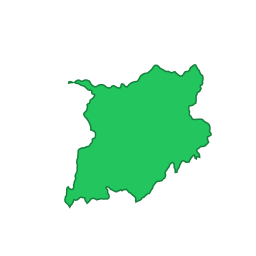 the district of Açucena, Minas Gerais, Brazil, rotated 151°
{"feature_id": "56859067B35065723034456", "entity_name": "Açucena", "entity_type": "district", "adm_level": 2, "iso_a3": "BRA", "parent_name": "Brazil", "parent_adm1": "Minas Gerais", "projection": "robinson", "projection_center": [-42.437, -19.076], "detail": "fine", "context": "isolated", "style": "filled", "palette": "green", "viewbox_px": 256, "rotation_deg": 151, "n_neighbors": 0, "source": "geoboundaries", "source_scale": "gbopen_adm2", "svg_char_len": 4721}
<svg xmlns="http://www.w3.org/2000/svg" viewBox="0 0 256 256"><g transform="rotate(151 128 128)"><path d="M156.9,59.4L155.6,59.5L154.0,59.2L152.3,59.0L150.9,59.3L149.2,60.1L147.6,59.7L146.2,60.2L144.8,60.5L142.6,61.0L141.1,60.4L139.4,61.4L137.9,62.4L136.7,62.9L135.5,63.6L134.7,64.6L133.7,65.2L132.2,66.0L130.3,66.7L128.6,67.2L126.8,66.4L125.3,66.0L124.1,65.6L122.9,65.9L121.7,66.4L120.0,66.5L118.6,67.9L117.7,69.0L117.3,70.7L116.0,71.9L114.4,72.5L113.0,73.4L111.2,74.0L109.9,75.2L108.5,76.1L106.9,76.4L105.8,76.2L105.1,74.9L105.6,73.3L106.1,72.1L106.8,71.0L106.8,69.2L107.4,67.8L108.2,66.2L106.6,65.7L105.5,67.1L104.2,67.9L102.6,68.7L101.5,69.8L100.2,70.7L99.1,71.5L97.8,72.4L96.4,73.0L95.0,72.0L94.0,70.1L92.3,69.1L90.8,68.7L89.5,70.0L87.9,70.8L86.7,71.5L85.5,71.8L84.5,72.2L83.3,72.4L83.1,70.8L84.0,69.5L83.3,67.9L82.0,69.3L80.7,69.0L79.6,67.6L78.7,69.2L78.4,71.1L79.0,73.0L79.0,74.8L77.9,76.0L76.2,75.9L74.9,76.2L73.5,76.6L71.6,75.6L69.7,75.0L67.8,75.4L65.9,75.9L64.3,76.6L64.3,78.1L63.7,80.0L62.9,81.7L61.3,81.5L58.8,81.6L58.1,83.0L58.3,84.4L58.3,85.8L57.3,86.6L56.7,87.7L55.7,89.6L55.5,91.9L56.1,93.5L57.1,95.1L58.1,96.6L58.4,98.3L59.1,99.8L60.5,100.6L62.6,101.8L64.3,102.5L66.1,103.4L67.4,104.6L67.3,106.3L67.3,107.7L68.0,109.1L67.3,111.0L66.2,112.5L66.0,114.2L65.2,116.3L63.7,117.5L62.0,117.0L60.2,116.5L58.3,116.9L56.5,117.0L55.5,118.5L54.3,120.4L53.5,122.0L52.8,123.3L51.6,123.7L50.7,125.1L49.5,125.3L48.0,125.3L46.4,126.0L44.9,127.2L44.9,128.9L44.1,130.0L42.4,129.9L41.2,130.6L40.7,131.8L39.8,133.2L38.5,134.7L37.9,136.2L37.4,137.7L38.3,139.6L38.3,141.4L37.9,143.7L38.4,145.7L38.4,147.2L38.4,148.6L38.2,150.2L39.2,151.0L40.7,151.0L42.5,150.7L44.1,150.4L45.2,149.7L46.4,148.6L48.2,148.4L49.3,149.1L51.0,149.4L52.4,148.7L53.6,147.9L55.3,147.4L57.0,148.0L58.0,149.4L58.7,151.2L59.3,152.8L59.7,154.5L61.6,154.9L63.4,155.2L64.4,156.8L65.2,157.9L66.8,158.7L68.1,159.9L68.7,161.3L69.7,162.9L70.9,164.5L71.2,166.1L71.6,167.5L72.2,168.7L73.9,169.7L75.4,169.5L76.7,168.8L78.1,168.1L80.2,167.4L81.8,167.1L83.0,166.8L84.5,166.6L85.6,167.1L87.3,167.7L89.0,167.8L90.8,167.6L92.1,167.3L93.5,166.2L95.5,165.1L96.9,164.3L98.1,164.6L99.6,165.2L101.2,165.6L103.0,165.9L104.5,165.7L106.3,165.4L107.6,164.8L109.0,164.4L110.2,165.6L110.7,168.1L111.8,169.6L113.1,169.1L114.1,167.7L115.5,167.0L116.7,167.4L117.9,168.6L118.9,170.4L120.0,172.0L121.7,172.4L123.0,171.8L124.7,171.9L126.4,173.1L127.5,175.0L128.0,176.6L128.9,177.8L130.4,178.9L132.2,179.6L133.3,179.7L134.6,179.5L136.2,179.6L137.8,181.0L138.6,182.6L139.1,184.3L139.0,186.0L139.1,187.8L140.1,189.1L141.2,190.2L142.4,190.8L143.8,191.0L145.0,190.9L146.2,191.5L147.3,193.2L148.4,194.1L149.6,194.3L151.1,194.2L152.6,193.8L151.8,192.3L150.1,191.1L149.3,190.0L148.7,188.8L147.7,187.5L146.4,186.2L145.6,184.8L145.0,182.8L144.5,181.0L143.6,180.0L142.5,179.2L141.7,178.0L142.4,176.8L142.8,175.4L141.8,174.3L141.1,172.9L142.5,171.8L143.8,171.3L144.8,171.0L146.2,170.9L147.7,170.6L148.7,169.2L149.8,168.3L151.0,168.6L152.7,168.1L153.2,166.0L154.4,164.8L155.2,163.8L156.6,163.0L158.6,162.6L160.0,161.6L160.3,160.1L159.9,157.6L159.5,155.7L159.3,153.7L159.3,151.4L159.5,149.9L159.7,148.2L160.4,145.9L161.6,144.5L160.3,143.0L159.2,141.5L158.8,140.0L159.3,138.5L160.3,136.8L161.2,135.6L162.3,135.3L163.7,135.7L164.8,135.4L165.4,133.8L166.8,132.6L168.2,132.4L169.4,131.6L171.0,130.9L172.5,131.4L173.7,131.8L174.8,131.7L176.5,132.1L177.9,132.9L179.9,133.1L181.7,132.9L182.8,132.0L183.8,130.1L185.1,128.4L186.0,126.6L187.0,125.7L188.0,125.0L188.9,123.6L189.7,122.2L190.1,120.7L190.5,119.4L191.4,118.5L192.3,116.9L193.1,115.3L194.0,114.5L195.3,113.4L196.7,112.5L197.7,111.4L198.1,109.3L199.6,107.9L201.3,106.7L202.3,105.3L203.4,104.3L203.8,102.9L204.8,102.0L206.0,101.1L207.5,101.8L208.7,103.5L208.8,105.5L210.3,105.2L211.4,103.8L212.2,102.4L213.2,100.9L213.9,99.8L214.7,98.7L216.1,98.1L217.0,96.9L217.9,95.9L218.6,94.4L218.4,92.7L217.6,90.7L217.3,88.7L217.3,87.0L215.8,88.0L214.5,88.3L213.5,88.9L212.2,89.6L210.9,90.8L210.0,91.6L208.9,90.3L206.8,89.7L205.2,90.1L204.0,90.5L202.5,90.2L201.1,88.8L199.6,87.9L200.3,86.5L200.5,84.9L200.2,83.4L200.3,82.0L198.4,82.4L197.0,82.9L195.6,83.5L194.1,83.9L192.3,83.2L191.0,81.9L190.1,80.3L188.8,80.1L187.4,79.5L186.0,79.5L184.7,78.3L183.1,77.3L182.0,77.0L180.7,76.0L179.1,76.0L178.1,76.6L177.4,78.1L177.1,79.4L177.4,80.7L176.7,82.1L175.9,83.7L176.4,86.1L175.3,87.0L173.6,85.7L173.1,83.3L172.2,81.9L171.1,80.3L170.0,78.7L168.8,77.6L167.0,77.9L165.8,77.3L164.3,77.6L163.6,76.0L162.0,76.3L160.7,75.7L159.3,75.1L158.7,73.4L158.5,71.5L157.4,70.1L156.9,68.5L156.3,66.9L155.7,65.4L155.2,63.8L155.6,62.1L156.5,60.9L156.9,59.4ZM158.1,196.0L156.3,195.5L154.3,194.6L155.5,196.3L157.2,197.0L158.1,196.0Z" fill="#22c55e" stroke="#15803d" stroke-width="1.5"/></g></svg>